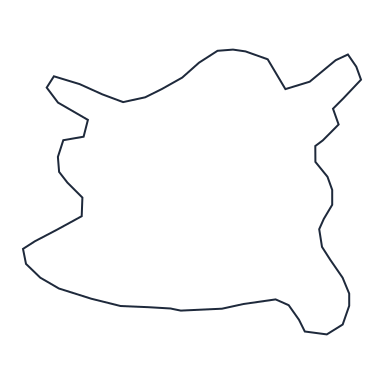 the district of Minsk City, City of Minsk, Belarus
{"feature_id": "67162791B57724394311820", "entity_name": "Minsk City", "entity_type": "district", "adm_level": 2, "iso_a3": "BLR", "parent_name": "Belarus", "parent_adm1": "City of Minsk", "projection": "orthographic", "projection_center": [27.611, 53.884], "detail": "fine", "context": "isolated", "style": "outline", "palette": "slate", "viewbox_px": 384, "rotation_deg": 0, "n_neighbors": 0, "source": "geoboundaries", "source_scale": "gbopen_adm2", "svg_char_len": 868}
<svg xmlns="http://www.w3.org/2000/svg" viewBox="0 0 384 384"><path d="M347.9,54.5L335.7,60.2L309.7,81.7L285.4,89.1L267.7,59.3L245.5,51.4L233.0,49.6L217.5,50.8L199.0,62.7L182.2,77.6L161.9,89.0L145.2,97.3L123.1,102.1L102.2,94.3L79.6,84.1L53.9,76.3L46.7,87.6L58.0,102.6L87.9,119.9L83.6,136.7L63.3,140.2L57.9,156.9L59.1,171.9L67.4,182.6L82.4,197.6L81.7,216.2L56.6,229.9L35.0,241.2L23.0,248.9L26.0,263.9L40.3,277.7L58.9,288.5L91.2,298.7L120.5,306.0L148.6,307.2L170.7,308.5L172.4,308.9L180.8,310.6L222.0,308.7L243.5,304.0L275.6,299.4L288.7,305.2L299.0,319.8L304.8,331.5L326.8,334.4L342.7,324.5L349.2,305.8L349.2,293.6L342.6,277.7L330.4,260.0L322.0,246.9L319.2,229.2L323.8,218.9L332.2,204.8L332.2,189.9L327.5,176.8L315.4,161.9L315.3,146.0L322.8,140.4L338.6,124.5L333.0,108.7L343.3,98.4L361.0,79.7L356.3,66.7L347.9,54.5Z" fill="none" stroke="#1e293b" stroke-width="2"/></svg>